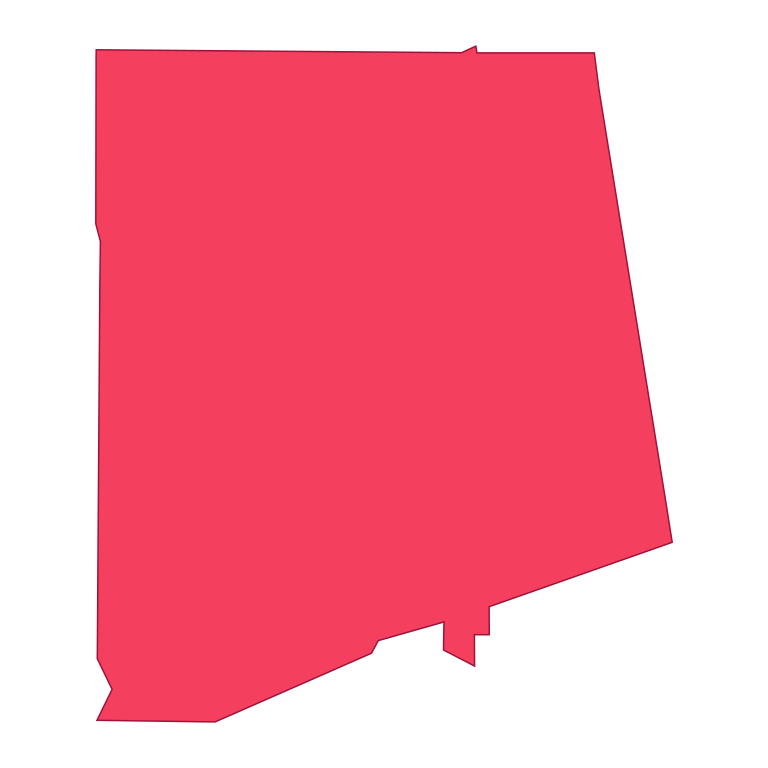 the district of Troup, Georgia, United States of America, rotated 180°
{"feature_id": "52423323B50058695847591", "entity_name": "Troup", "entity_type": "district", "adm_level": 2, "iso_a3": "USA", "parent_name": "United States of America", "parent_adm1": "Georgia", "projection": "natural_earth1", "projection_center": [-85.058, 33.046], "detail": "fine", "context": "isolated", "style": "filled", "palette": "rose", "viewbox_px": 768, "rotation_deg": 180, "n_neighbors": 0, "source": "geoboundaries", "source_scale": "gbopen_adm2", "svg_char_len": 526}
<svg xmlns="http://www.w3.org/2000/svg" viewBox="0 0 768 768"><g transform="rotate(180 384 384)"><path d="M102.2,266.2L116.1,352.1L118.3,365.4L140.6,503.1L147.9,547.9L169.0,678.4L173.7,715.1L291.0,715.1L292.2,721.9L306.4,715.3L671.8,718.2L671.9,710.9L672.2,544.2L667.6,526.6L668.2,478.5L670.7,109.3L655.9,78.7L671.0,47.7L563.3,46.2L552.9,46.1L396.5,114.8L389.7,127.4L324.0,146.1L324.5,118.0L293.4,101.9L293.6,133.3L278.7,133.3L278.9,161.3L95.8,225.7L102.2,266.2Z" fill="#f43f5e" stroke="#9f1239" stroke-width="1.5"/></g></svg>